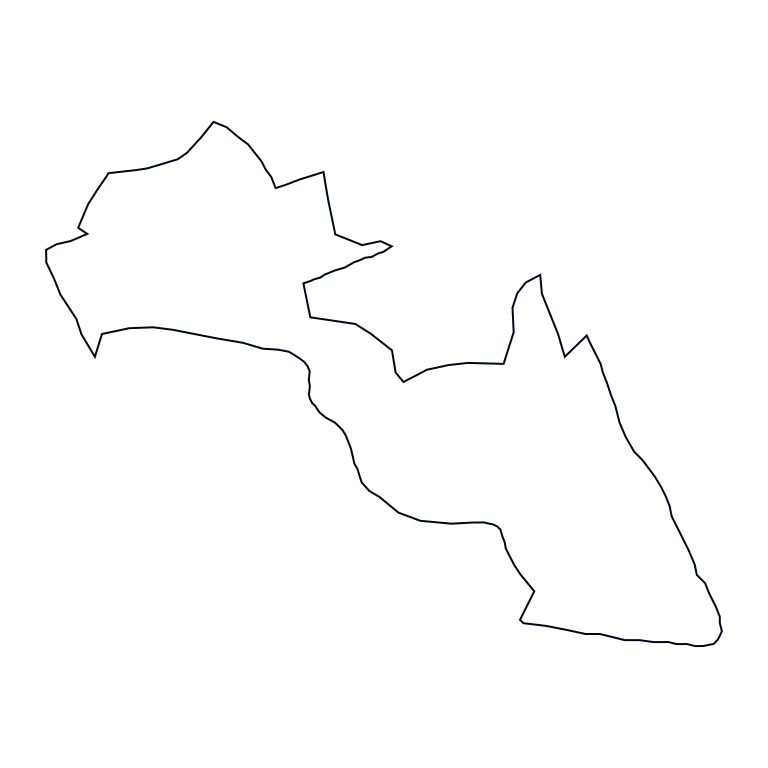 Arochukwu, Abia, Nigeria (orthographic projection)
{"feature_id": "59680162B7938799528038", "entity_name": "Arochukwu", "entity_type": "district", "adm_level": 2, "iso_a3": "NGA", "parent_name": "Nigeria", "parent_adm1": "Abia", "projection": "orthographic", "projection_center": [7.82, 5.498], "detail": "fine", "context": "isolated", "style": "outline", "palette": "ink", "viewbox_px": 768, "rotation_deg": 0, "n_neighbors": 0, "source": "geoboundaries", "source_scale": "gbopen_adm2", "svg_char_len": 2310}
<svg xmlns="http://www.w3.org/2000/svg" viewBox="0 0 768 768"><path d="M527.7,623.7L539.5,625.1L546.0,625.9L564.0,629.4L564.3,629.5L566.7,629.9L567.1,630.0L585.4,634.0L599.9,634.0L624.7,640.1L639.2,640.1L653.7,642.1L668.2,642.0L676.5,644.1L686.8,644.0L695.1,646.1L703.4,646.0L713.7,643.9L717.8,639.7L719.9,635.5L721.9,631.3L721.1,628.1L719.8,622.9L719.8,619.8L719.8,616.7L715.6,606.2L709.3,593.7L705.1,583.2L696.8,574.9L694.7,564.5L688.4,549.8L680.1,533.1L671.7,516.4L669.6,506.0L665.4,495.6L661.2,487.2L655.0,476.8L651.0,471.5L648.7,468.4L642.5,460.1L635.9,453.5L634.2,451.8L625.8,437.2L619.5,422.5L615.3,405.8L611.1,395.4L606.9,382.8L602.8,372.4L600.7,364.0L590.2,343.2L587.7,337.8L586.7,335.5L564.8,356.8L558.0,333.9L541.9,293.7L540.2,274.9L525.8,282.5L517.3,293.2L512.5,307.8L513.7,332.2L503.6,363.9L468.1,362.9L448.4,365.1L427.0,369.7L403.5,382.0L395.6,372.5L392.0,350.4L370.5,333.5L355.3,324.0L310.3,317.3L303.4,283.3L310.6,281.0L313.9,279.4L320.4,277.5L324.5,274.7L334.4,270.6L344.7,267.6L354.3,262.1L359.8,260.2L365.2,257.7L371.8,256.9L377.8,253.6L383.5,251.8L391.7,246.3L385.9,243.6L380.5,241.2L362.2,245.1L335.3,234.4L330.4,210.7L328.6,202.2L326.0,187.5L323.5,172.0L299.3,179.6L285.2,185.0L275.6,188.1L271.3,177.0L265.6,169.4L261.5,161.4L248.0,144.3L242.7,140.4L237.7,136.6L226.6,127.2L213.5,121.9L201.2,137.3L187.0,152.8L177.6,159.3L147.2,168.4L136.1,170.1L108.3,173.2L108.0,174.2L97.3,189.8L88.1,204.3L78.2,227.8L87.3,233.9L70.5,241.1L56.6,244.2L46.1,249.9L46.3,262.5L54.0,278.6L60.4,294.6L76.3,318.8L81.5,334.4L94.9,356.8L102.0,334.0L129.3,328.2L153.2,327.3L172.8,329.8L217.4,338.5L242.9,342.8L262.8,348.7L263.9,348.8L267.9,349.0L278.3,349.7L283.6,350.7L288.8,351.7L294.0,354.8L300.3,358.9L304.4,362.1L307.6,366.2L309.7,371.5L308.8,379.9L309.9,386.2L308.9,394.6L310.0,398.8L312.1,403.0L315.3,406.1L319.5,412.4L325.8,417.6L335.2,422.8L338.3,425.9L342.5,430.1L345.7,435.3L347.8,440.5L351.0,448.9L353.2,458.3L354.3,463.6L357.4,468.8L359.6,476.1L361.7,482.4L369.0,490.6L369.1,490.8L379.5,497.0L398.4,512.6L420.3,520.8L451.5,523.7L473.3,522.5L478.5,522.5L483.7,522.4L487.9,523.4L493.1,524.4L497.3,526.5L500.4,529.6L502.6,537.0L504.7,542.2L505.8,548.5L511.1,559.0L514.3,565.2L519.3,572.7L520.6,574.6L534.3,591.3L520.0,619.8L523.4,623.2L527.7,623.7Z" fill="none" stroke="#020617" stroke-width="2"/></svg>